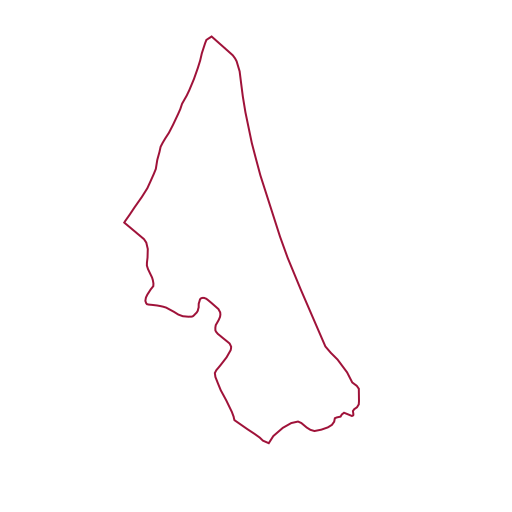 outline of Sam Son, Thanh Hóa, Vietnam, rotated 310°
{"feature_id": "81297802B12977108616150", "entity_name": "Sam Son", "entity_type": "district", "adm_level": 2, "iso_a3": "VNM", "parent_name": "Vietnam", "parent_adm1": "Thanh Hóa", "projection": "albers", "projection_center": [105.897, 19.753], "detail": "fine", "context": "isolated", "style": "outline", "palette": "rose", "viewbox_px": 512, "rotation_deg": 310, "n_neighbors": 0, "source": "geoboundaries", "source_scale": "gbopen_adm2", "svg_char_len": 2172}
<svg xmlns="http://www.w3.org/2000/svg" viewBox="0 0 512 512"><g transform="rotate(310 256 256)"><path d="M196.9,133.6L196.9,159.4L195.7,163.4L191.8,168.6L185.1,173.9L180.7,176.8L178.5,178.6L176.6,181.6L174.9,185.3L172.7,190.2L171.2,192.5L169.0,195.1L166.9,196.7L162.8,196.8L156.5,197.6L153.4,198.4L152.0,199.2L150.5,200.1L149.3,202.1L149.0,203.4L149.8,205.0L151.6,207.6L154.5,212.0L156.2,215.0L157.5,217.5L158.7,220.3L160.5,229.1L161.2,234.1L162.8,238.6L166.0,243.2L168.3,245.8L169.4,246.4L170.6,246.6L172.2,246.7L174.6,246.9L176.6,246.6L178.4,245.7L179.8,245.1L181.1,244.0L182.6,242.8L185.0,241.8L186.7,241.0L187.6,241.0L188.5,241.2L189.7,242.1L190.6,243.3L191.0,244.6L191.3,245.4L191.4,248.1L191.4,252.2L191.3,257.0L191.2,261.3L189.8,264.8L188.2,266.4L186.2,267.6L183.2,268.5L180.1,269.1L177.2,269.6L175.0,270.9L172.9,272.7L172.3,274.1L171.8,276.8L171.9,284.2L172.0,289.2L172.0,289.4L172.0,292.0L171.5,293.2L170.5,295.3L169.1,296.3L167.6,297.1L159.4,298.6L149.3,299.0L143.0,299.0L139.9,299.7L137.2,302.7L134.9,307.0L134.6,307.5L130.5,315.3L126.4,325.7L126.2,326.2L121.0,337.8L118.5,342.2L117.6,343.3L116.4,345.0L117.8,360.6L118.8,369.2L119.3,375.5L119.0,380.0L120.8,386.1L129.2,385.0L141.6,387.0L150.7,390.4L156.2,394.6L157.2,398.1L157.2,405.1L157.8,409.4L159.5,413.3L165.0,417.7L170.9,421.2L175.4,422.7L179.3,422.4L182.4,420.7L184.2,421.6L187.3,424.0L189.8,423.6L192.5,424.2L193.5,427.2L195.1,432.3L196.4,432.9L197.4,432.3L199.5,429.9L201.8,429.7L205.0,430.6L208.4,430.1L211.0,428.2L220.4,420.1L221.3,416.7L221.0,411.0L225.4,400.6L229.1,385.0L229.9,375.6L231.3,367.3L239.1,351.7L259.2,311.6L274.9,281.5L286.3,261.9L320.6,207.5L331.1,192.5L339.9,180.1L359.3,155.5L369.7,143.4L379.1,133.2L386.9,124.8L392.7,116.0L393.9,113.0L394.8,109.3L394.9,106.7L395.6,80.9L389.7,79.1L389.4,79.2L386.4,80.2L376.5,84.2L369.8,87.6L362.6,90.6L351.7,94.7L340.2,98.3L334.4,99.8L325.1,101.5L319.8,103.6L314.6,105.1L310.0,106.3L303.2,108.1L294.4,110.1L287.8,110.9L282.9,111.7L278.4,112.7L273.6,115.2L266.8,118.3L266.0,118.7L258.3,123.3L253.4,124.9L245.7,127.1L238.1,129.2L227.9,130.6L215.1,131.7L206.1,132.7L198.9,133.3L196.9,133.6Z" fill="none" stroke="#9f1239" stroke-width="2"/></g></svg>